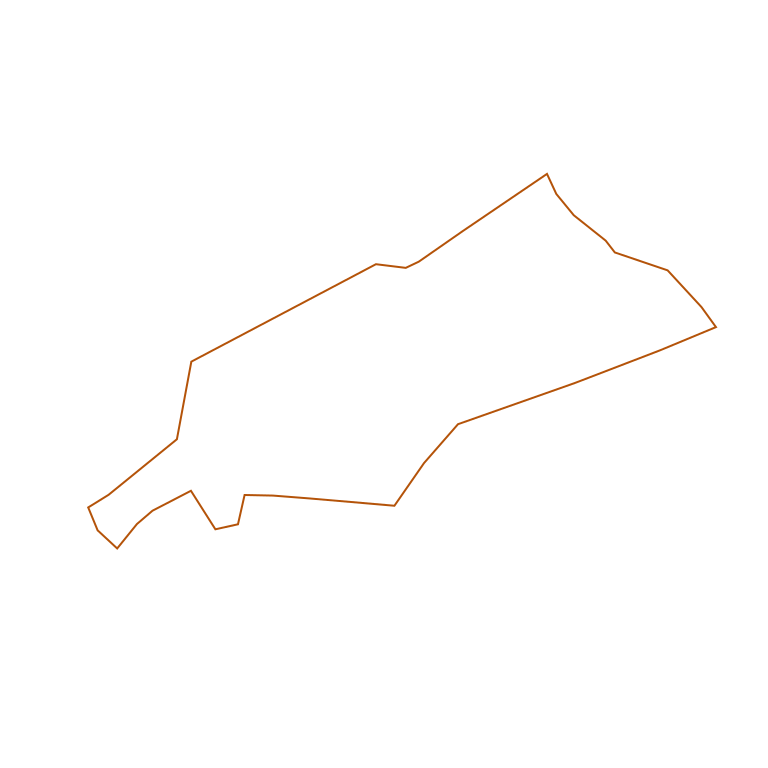 outline of Birni-N'Konni, Tahoua, Niger, rotated 153°
{"feature_id": "23599985B12101722290167", "entity_name": "Birni-N'Konni", "entity_type": "district", "adm_level": 2, "iso_a3": "NER", "parent_name": "Niger", "parent_adm1": "Tahoua", "projection": "albers", "projection_center": [5.016, 13.935], "detail": "fine", "context": "isolated", "style": "outline", "palette": "amber", "viewbox_px": 768, "rotation_deg": 153, "n_neighbors": 0, "source": "geoboundaries", "source_scale": "gbopen_adm2", "svg_char_len": 547}
<svg xmlns="http://www.w3.org/2000/svg" viewBox="0 0 768 768"><g transform="rotate(153 384 384)"><path d="M143.4,497.2L244.4,484.5L297.5,477.2L311.9,477.6L336.8,494.4L545.5,491.4L593.6,428.8L679.7,410.3L703.6,408.3L705.6,383.6L696.4,358.6L667.7,371.4L647.8,376.2L604.5,376.5L600.2,331.1L577.8,325.3L558.6,348.4L533.6,335.0L502.4,315.9L430.0,270.8L384.2,295.4L336.3,314.6L213.1,298.2L122.8,288.7L62.4,284.0L66.2,308.4L79.7,356.5L118.6,396.4L121.4,411.1L138.3,448.2L144.2,475.1L143.4,497.2Z" fill="none" stroke="#b45309" stroke-width="2"/></g></svg>